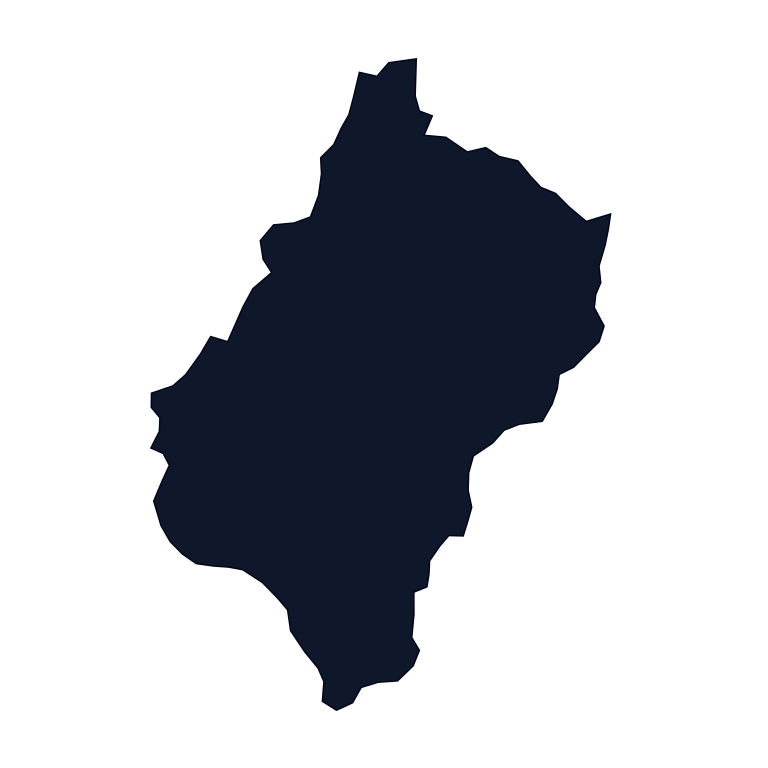 Antônio Prado de Minas, Minas Gerais, Brazil (Mercator projection), rotated 266°
{"feature_id": "56859067B53819795798567", "entity_name": "Antônio Prado de Minas", "entity_type": "district", "adm_level": 2, "iso_a3": "BRA", "parent_name": "Brazil", "parent_adm1": "Minas Gerais", "projection": "mercator", "projection_center": [-42.153, -21.024], "detail": "fine", "context": "isolated", "style": "filled", "palette": "ink", "viewbox_px": 768, "rotation_deg": 266, "n_neighbors": 0, "source": "geoboundaries", "source_scale": "gbopen_adm2", "svg_char_len": 1388}
<svg xmlns="http://www.w3.org/2000/svg" viewBox="0 0 768 768"><g transform="rotate(266 384 384)"><path d="M336.4,147.0L330.1,158.9L317.8,164.2L302.9,156.0L283.3,146.1L258.2,151.7L241.6,159.8L228.3,171.2L217.9,184.3L214.4,200.9L212.2,216.1L208.6,230.1L194.5,248.8L178.4,262.5L165.4,272.1L144.4,273.6L122.1,286.4L105.2,298.4L91.3,303.3L71.7,300.4L61.9,313.8L68.2,330.4L82.9,340.1L86.9,357.3L86.9,376.8L100.8,393.4L115.8,400.7L129.1,394.0L152.0,397.8L174.3,399.3L178.7,412.7L191.2,415.6L204.3,417.1L218.5,428.4L228.3,438.1L226.9,452.4L240.2,457.6L254.9,462.9L272.1,460.5L289.5,462.3L305.9,468.1L317.6,488.3L329.5,500.5L334.4,516.0L335.8,539.3L352.4,550.4L367.1,556.5L381.3,559.4L387.5,574.3L400.1,588.6L411.2,601.5L426.5,607.6L445.5,599.1L458.6,601.5L470.0,607.3L486.7,606.7L507.1,614.3L523.1,618.7L537.8,621.9L532.1,597.1L547.6,581.0L562.1,568.5L569.2,554.2L581.1,544.6L597.2,533.2L602.9,514.8L612.7,502.0L609.7,483.3L625.8,462.9L629.3,441.3L648.1,450.9L653.8,438.4L669.1,435.2L706.1,438.9L704.2,411.2L691.4,398.4L696.6,381.2L673.2,373.9L655.2,367.8L641.9,359.0L626.3,350.6L614.1,336.6L598.0,336.3L576.8,331.9L555.8,322.3L550.9,305.6L550.4,284.9L535.7,270.6L516.9,272.1L503.0,279.7L488.3,259.9L470.9,248.8L437.1,231.0L443.4,214.4L426.7,203.0L407.1,186.7L396.8,173.2L391.1,151.4L376.9,150.2L366.0,158.1L352.4,156.6L336.4,147.0Z" fill="#0f172a" stroke="#020617" stroke-width="1.5"/></g></svg>